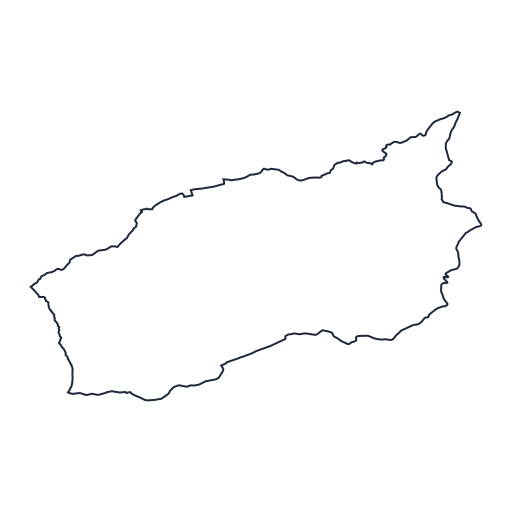 Titesti, Vâlcea, Romania (Robinson projection)
{"feature_id": "2599482B31663293500229", "entity_name": "Titesti", "entity_type": "district", "adm_level": 2, "iso_a3": "ROU", "parent_name": "Romania", "parent_adm1": "Vâlcea", "projection": "robinson", "projection_center": [24.419, 45.417], "detail": "fine", "context": "isolated", "style": "outline", "palette": "slate", "viewbox_px": 512, "rotation_deg": 0, "n_neighbors": 0, "source": "geoboundaries", "source_scale": "gbopen_adm2", "svg_char_len": 6016}
<svg xmlns="http://www.w3.org/2000/svg" viewBox="0 0 512 512"><path d="M459.9,112.9L457.3,111.6L454.7,112.8L452.8,114.1L450.5,115.0L448.6,115.4L447.7,116.3L444.3,118.1L440.1,119.3L434.4,121.8L432.6,123.4L427.6,129.8L426.5,131.7L425.7,134.0L425.6,134.9L425.4,135.1L423.6,135.7L422.9,135.7L422.2,135.4L420.6,133.7L420.1,133.7L418.2,134.8L417.4,135.7L415.6,137.0L410.7,137.2L407.0,140.3L401.3,142.8L399.6,142.9L395.9,141.8L394.6,141.9L393.4,142.2L392.1,143.1L391.0,143.6L390.0,144.7L388.7,144.5L386.7,144.9L386.0,146.1L386.4,146.6L386.5,147.3L385.2,148.3L382.7,149.4L382.3,149.9L382.3,150.5L383.0,151.2L384.4,152.5L386.1,153.4L386.4,154.0L386.2,155.3L385.7,155.9L384.5,157.1L383.7,157.5L384.0,159.2L383.4,160.3L379.9,160.4L378.6,160.9L376.0,161.4L373.5,162.4L372.8,163.1L372.2,164.3L371.6,164.2L370.9,163.5L370.1,163.2L368.9,162.9L368.0,163.1L365.9,162.4L364.9,161.6L364.5,161.5L363.7,161.6L362.3,162.6L360.7,162.7L358.7,163.1L357.4,163.2L357.1,162.6L356.7,162.5L355.9,163.5L355.6,163.5L352.3,162.3L349.1,160.3L347.4,160.4L346.0,161.0L343.8,161.1L342.1,161.6L340.6,162.5L337.6,162.9L334.7,164.7L334.3,165.2L333.1,168.5L332.4,169.2L331.0,170.0L329.8,172.9L329.4,173.1L327.0,173.4L325.2,174.4L322.3,175.5L321.5,176.0L321.6,176.8L321.1,177.3L318.7,177.7L315.2,177.5L309.0,177.9L307.8,178.5L306.9,178.5L304.7,179.6L301.2,180.5L298.5,180.3L296.4,179.2L293.9,177.2L292.6,176.5L287.3,175.3L284.4,173.0L282.5,172.0L281.1,171.5L279.3,170.1L278.4,169.8L271.1,168.8L269.5,169.4L267.7,169.6L266.2,169.5L264.7,168.8L263.8,168.7L262.7,169.6L261.1,172.1L258.9,173.4L252.8,174.7L250.2,174.7L246.9,176.7L243.6,178.1L238.3,179.3L234.0,179.8L231.4,180.3L228.8,179.7L223.5,179.3L224.0,181.7L224.2,183.7L224.1,183.9L212.7,186.9L208.2,187.5L202.4,188.5L194.3,189.3L190.8,190.2L192.5,195.4L184.3,196.9L183.5,194.7L182.2,193.5L179.9,193.8L176.4,195.9L173.2,196.9L168.2,199.1L163.6,200.6L159.4,202.8L154.7,205.9L152.8,207.8L152.5,208.9L152.1,209.3L148.0,209.2L146.9,208.6L145.8,209.1L143.3,209.4L140.7,210.3L141.0,211.0L141.9,211.6L142.0,212.0L139.9,213.7L136.0,218.9L135.2,220.6L136.8,223.1L136.2,226.5L133.2,229.0L132.9,230.2L128.8,234.5L126.9,238.1L125.3,239.2L120.7,243.3L117.9,246.4L117.7,246.8L117.0,246.9L114.6,246.3L111.0,246.5L107.3,248.9L105.9,249.5L104.6,249.9L99.1,250.5L97.4,251.2L92.9,254.6L91.6,255.1L87.5,255.4L86.4,255.3L84.4,254.3L81.7,254.8L78.7,255.8L75.9,256.0L70.3,259.6L69.4,262.7L69.0,263.3L67.8,264.2L66.3,265.7L65.1,267.5L63.4,269.2L61.7,269.9L58.5,269.0L57.1,269.0L56.1,269.6L54.9,270.6L52.0,272.1L46.9,273.0L45.3,274.4L41.6,276.3L40.7,277.2L40.6,278.4L40.4,278.7L38.6,279.6L37.0,282.5L33.8,284.3L32.3,285.8L30.7,286.8L35.1,291.3L37.2,293.8L38.0,294.5L39.2,297.0L43.7,296.9L44.7,297.4L45.0,297.8L44.9,299.0L45.8,299.9L46.0,301.0L47.4,301.7L48.4,302.6L48.5,305.8L49.4,308.8L50.1,309.8L51.1,310.5L51.2,311.5L52.5,312.5L53.4,314.0L54.0,314.5L54.3,315.0L54.1,315.7L54.3,317.2L54.8,318.1L54.5,319.9L55.3,321.2L56.1,321.8L57.2,323.3L57.6,324.0L57.9,326.0L59.2,327.0L59.2,327.5L58.7,328.2L58.7,328.7L59.4,330.1L58.6,331.6L58.6,332.3L60.3,336.9L61.1,337.4L61.3,337.8L60.5,339.1L60.1,341.0L59.0,342.9L59.1,343.3L60.7,344.8L60.9,345.6L64.5,350.1L65.7,353.0L65.6,354.7L67.6,357.3L68.1,358.6L68.1,359.4L68.9,360.2L70.5,363.7L71.4,364.6L71.2,365.2L72.1,366.8L72.6,368.8L72.4,374.2L72.6,377.4L72.3,382.4L71.6,385.7L71.1,387.1L70.0,388.7L69.7,390.0L68.0,392.3L69.1,393.1L73.0,393.9L78.1,393.1L80.1,393.2L82.4,393.7L85.2,394.9L87.5,394.9L90.4,394.1L92.7,393.8L96.9,394.8L99.0,394.7L105.0,393.1L106.5,392.3L111.8,391.2L119.7,392.5L125.5,392.0L126.3,392.9L126.6,393.1L128.4,392.3L130.2,392.2L130.7,392.4L131.3,393.4L134.8,395.4L140.7,397.8L143.7,399.4L145.4,400.1L148.0,400.4L154.6,399.9L161.5,398.7L168.3,393.9L169.0,393.0L169.9,391.0L171.9,389.0L173.8,387.2L175.7,386.3L178.4,385.4L179.6,385.3L184.6,386.4L187.0,386.7L190.4,385.4L194.4,385.5L198.5,384.8L205.9,381.2L214.2,379.7L216.9,378.9L219.0,377.4L223.0,370.8L223.3,369.3L223.1,368.4L221.1,365.5L225.9,363.4L226.9,362.2L237.0,358.8L239.7,357.8L240.3,357.3L241.4,357.2L250.7,353.8L257.0,350.8L270.8,345.8L277.4,342.7L285.1,339.1L285.6,338.3L285.3,337.1L285.5,336.1L288.2,334.5L291.4,334.1L294.3,333.4L299.5,334.3L303.2,333.6L305.6,333.4L315.5,334.9L317.4,334.0L322.0,330.5L322.7,330.3L328.5,331.5L331.5,332.5L332.4,333.3L333.1,335.3L334.1,336.5L337.8,338.5L341.1,341.0L347.9,344.1L349.5,343.8L351.9,342.1L353.6,341.8L355.9,340.6L356.3,340.3L356.3,339.7L355.9,337.8L356.0,337.4L356.7,336.6L358.3,336.0L367.1,335.7L368.4,335.9L374.1,338.3L379.2,339.4L381.7,339.6L385.6,339.2L388.4,339.8L391.4,339.9L392.7,339.4L393.8,338.4L396.2,335.1L398.0,333.8L400.8,330.9L401.6,330.4L413.0,325.1L414.7,324.7L416.9,324.6L419.3,323.6L421.7,321.7L424.6,318.1L425.9,317.5L427.9,317.3L428.3,317.1L429.2,314.6L434.9,310.0L438.2,308.0L442.1,306.6L445.3,306.1L446.2,305.7L447.4,304.6L447.5,303.8L443.9,299.1L442.6,295.0L441.2,291.8L441.1,289.5L441.3,285.0L442.0,283.9L444.1,282.9L446.6,283.0L447.3,282.7L447.3,282.1L443.9,278.6L443.6,277.4L443.7,277.0L444.0,276.8L446.6,277.4L448.2,276.9L448.1,276.5L446.2,275.0L445.6,274.3L445.6,273.8L446.2,273.0L451.4,270.1L455.5,269.1L457.1,268.6L457.5,268.2L458.8,266.1L459.5,264.6L459.3,260.4L458.3,256.0L458.4,254.6L458.0,252.5L457.6,251.3L456.2,248.7L456.6,246.5L457.8,244.5L458.7,241.9L465.9,232.9L467.8,232.0L469.8,230.5L475.6,227.3L480.2,226.0L481.0,225.4L481.3,224.8L480.8,223.6L478.9,220.9L477.1,217.6L475.5,213.5L472.2,211.6L471.3,210.4L470.8,209.0L470.1,208.3L467.4,207.9L464.1,206.5L460.3,206.4L454.4,205.6L446.7,203.0L444.3,202.5L443.2,201.9L442.6,200.6L441.8,199.6L441.6,198.9L442.0,197.1L441.7,195.9L441.8,194.2L441.4,192.0L441.3,190.3L440.7,189.4L438.1,186.8L437.1,184.4L436.4,178.6L436.4,177.5L436.9,176.3L437.8,175.1L441.7,171.5L443.2,170.6L445.8,169.5L446.6,168.6L447.5,167.1L450.7,164.2L451.9,162.1L451.9,161.7L451.7,161.4L449.1,160.1L446.6,150.9L446.0,149.4L445.8,147.4L445.8,143.8L447.0,141.1L449.1,139.0L449.7,137.2L450.4,133.5L451.4,130.8L454.2,126.6L455.7,122.4L457.2,119.6L459.9,112.9Z" fill="none" stroke="#1e293b" stroke-width="2"/></svg>